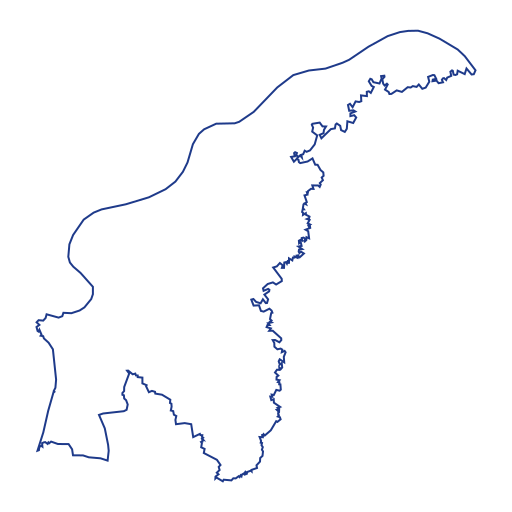 the district of Mueang Nong Khai, Nong Khai, Thailand
{"feature_id": "78962969B49336844859905", "entity_name": "Mueang Nong Khai", "entity_type": "district", "adm_level": 2, "iso_a3": "THA", "parent_name": "Thailand", "parent_adm1": "Nong Khai", "projection": "robinson", "projection_center": [102.827, 17.845], "detail": "fine", "context": "isolated", "style": "outline", "palette": "blue", "viewbox_px": 512, "rotation_deg": 0, "n_neighbors": 0, "source": "geoboundaries", "source_scale": "gbopen_adm2", "svg_char_len": 5990}
<svg xmlns="http://www.w3.org/2000/svg" viewBox="0 0 512 512"><path d="M475.5,70.3L464.8,56.2L457.7,49.5L439.4,38.6L427.6,33.3L418.0,30.7L408.1,30.9L399.9,32.1L387.7,36.1L368.5,46.7L349.1,59.8L342.7,62.7L325.5,68.6L308.9,70.5L293.3,75.1L277.3,87.4L253.7,111.9L239.2,121.8L234.7,123.3L216.2,123.7L204.1,129.3L198.9,133.9L192.9,144.2L187.5,162.5L182.9,171.8L175.4,181.6L165.6,189.2L148.9,197.3L125.8,204.3L101.6,209.4L93.7,212.6L83.7,219.6L73.1,235.0L69.4,244.3L68.3,256.8L69.9,262.5L73.3,266.7L80.6,273.0L92.9,286.8L92.9,294.2L91.2,299.1L84.4,307.4L79.6,310.5L71.4,313.2L63.4,312.8L62.3,316.2L58.6,317.6L46.6,314.3L45.6,318.0L43.2,320.6L38.6,320.2L36.6,322.3L39.4,324.9L36.5,327.0L37.6,331.0L38.6,331.6L39.4,329.7L41.5,334.6L40.7,335.7L43.2,336.2L43.9,338.4L48.6,342.7L52.9,349.3L56.1,379.6L55.4,387.8L53.7,391.1L54.4,391.8L53.4,392.6L48.2,410.8L43.3,432.4L37.5,450.7L38.9,450.2L39.3,447.0L41.3,445.8L42.4,446.6L42.1,443.2L43.7,442.4L45.2,442.1L47.6,443.9L48.4,442.4L49.2,443.2L51.1,441.6L57.9,444.0L68.6,444.1L72.1,449.3L73.0,455.3L83.0,455.4L88.8,457.3L100.5,458.3L107.6,460.6L108.7,450.8L108.1,444.8L104.8,428.4L99.0,414.9L103.1,413.5L123.8,411.2L126.6,409.8L127.7,404.5L126.1,400.2L124.2,398.5L123.9,395.3L122.4,394.8L122.4,393.0L124.1,391.1L124.2,387.0L129.2,373.5L127.1,370.7L128.2,370.6L132.7,374.3L135.3,373.6L135.9,375.4L137.7,375.5L137.7,377.1L142.4,377.6L142.4,383.4L146.6,385.2L146.1,386.3L148.9,392.2L151.9,390.9L155.0,391.8L155.3,393.6L162.0,394.7L170.3,399.7L170.0,403.0L171.4,403.7L171.6,406.7L170.8,410.5L173.2,411.1L173.9,414.7L176.3,416.0L175.4,419.9L176.0,424.2L184.7,423.1L191.2,424.2L193.2,437.1L199.9,433.9L200.4,435.1L202.3,435.2L202.0,436.7L203.1,437.7L202.0,438.4L203.2,439.8L202.2,439.5L202.5,441.5L201.1,442.0L201.9,443.2L201.2,447.3L204.6,448.9L203.8,453.0L216.9,459.8L220.5,465.0L218.7,466.9L219.6,470.0L216.8,472.7L218.5,474.3L215.5,476.6L215.4,478.5L216.4,477.5L222.8,481.3L223.7,479.7L231.4,480.4L233.3,478.3L235.7,478.4L238.7,476.2L239.6,477.1L240.6,475.3L241.5,476.3L241.9,474.6L243.7,473.5L244.5,474.6L245.8,474.2L245.9,472.9L244.9,472.6L245.4,471.8L246.9,473.3L247.4,471.9L250.8,470.7L251.6,471.4L251.5,469.9L257.0,468.0L256.5,465.3L260.0,461.6L260.2,458.0L262.5,455.9L263.0,451.4L261.9,449.7L262.8,447.1L261.5,445.2L262.0,443.0L260.7,442.7L261.1,441.0L259.6,437.0L262.7,437.2L261.9,434.2L263.1,436.0L263.7,434.3L264.8,435.5L270.8,430.3L276.2,421.2L277.4,421.9L280.6,419.3L279.9,417.2L277.8,416.5L278.9,415.2L278.1,414.0L278.4,411.4L276.7,409.7L278.3,409.2L279.1,410.5L279.2,408.3L278.0,407.7L280.1,406.9L273.9,402.7L273.7,399.2L271.3,400.1L270.3,396.6L272.3,396.8L271.7,394.6L273.8,395.0L276.3,389.9L279.6,390.7L280.8,389.6L280.4,384.4L279.2,384.3L279.4,382.4L278.0,382.1L279.5,380.2L276.5,379.6L276.6,376.9L278.3,375.6L275.0,372.5L277.0,369.7L279.5,369.9L279.3,367.4L280.9,369.0L282.2,367.5L281.7,363.1L279.8,364.6L278.7,361.3L279.7,359.3L284.2,362.3L283.8,356.8L285.6,352.3L284.6,350.9L281.8,352.2L282.3,349.6L280.6,348.6L277.4,349.3L274.4,346.7L274.3,343.0L272.7,340.1L275.1,340.0L279.4,342.3L281.3,340.1L281.2,338.3L272.7,330.7L269.2,330.8L270.9,328.4L266.6,327.1L267.5,325.0L269.5,325.0L268.0,323.2L271.5,322.4L270.1,321.6L271.5,320.5L270.0,319.1L271.2,313.1L272.4,312.7L271.6,310.6L269.4,308.7L263.7,311.6L260.9,310.9L259.0,305.3L253.6,305.6L251.3,299.6L253.4,299.0L256.1,301.9L260.6,303.3L262.9,299.3L265.8,303.1L267.0,303.0L268.1,299.3L264.4,294.6L269.1,291.4L269.4,289.8L268.2,288.9L263.6,290.8L263.0,288.3L267.7,284.0L272.9,282.4L276.1,284.5L281.8,281.1L281.7,278.8L273.2,267.5L276.8,266.4L279.9,263.0L282.7,265.3L281.9,267.9L284.0,267.9L284.3,262.5L285.9,262.1L286.9,263.7L288.0,260.2L288.2,262.9L289.0,262.8L289.0,258.4L292.3,260.4L292.9,257.6L294.3,257.6L294.4,256.5L297.0,257.6L296.6,255.6L298.4,255.3L298.5,257.5L299.6,257.4L303.9,253.5L301.0,251.7L299.4,253.0L298.7,251.6L299.0,249.6L302.2,249.1L298.4,246.5L301.6,245.9L300.7,242.1L299.1,243.3L298.9,240.7L300.9,239.6L302.1,240.4L301.8,238.0L303.5,237.6L305.6,238.9L304.3,240.6L304.8,241.5L306.3,240.1L306.5,237.2L309.1,238.3L308.2,231.2L305.6,229.7L310.2,227.9L309.9,225.9L308.8,226.4L308.3,225.4L310.1,224.5L307.7,223.3L309.6,219.9L307.0,219.0L309.1,218.1L309.5,216.6L305.9,214.7L305.8,213.2L303.0,214.9L303.2,213.0L302.1,212.0L302.7,209.3L303.9,209.3L302.9,207.9L303.5,204.4L304.3,203.5L306.0,204.3L305.4,203.0L306.8,202.1L304.5,195.4L307.5,194.6L306.9,192.3L307.9,192.5L308.0,191.1L311.0,188.8L313.5,188.9L312.3,185.4L318.2,185.5L319.7,186.9L320.7,184.6L319.8,183.1L322.9,180.2L321.7,177.5L323.6,175.8L323.3,172.4L320.5,170.0L317.6,164.8L315.2,164.7L312.5,158.4L307.6,161.5L300.2,163.1L298.9,162.1L298.5,159.8L296.6,159.0L293.9,161.7L291.1,156.9L294.8,156.3L294.1,153.1L295.1,152.2L296.9,153.0L296.2,155.3L297.5,156.1L297.4,157.9L300.1,155.4L301.8,157.4L301.3,154.8L303.2,154.2L304.7,150.7L306.6,151.8L310.0,150.4L314.7,144.4L317.2,135.4L312.2,131.6L313.1,127.6L311.8,124.7L312.4,123.8L319.7,122.6L322.5,126.4L326.0,126.5L324.0,129.8L323.5,133.2L319.7,134.8L321.4,138.3L330.9,129.1L334.9,128.4L335.6,124.5L336.8,123.5L340.2,125.8L341.1,130.1L344.8,131.9L346.8,128.8L347.4,121.3L353.2,123.0L356.2,117.5L354.2,115.2L350.4,116.1L350.4,113.4L355.3,111.5L353.4,110.3L349.2,110.8L348.0,105.0L350.0,103.8L352.6,107.2L355.6,101.4L359.2,102.0L361.3,101.2L361.0,95.4L366.9,96.1L366.8,91.8L368.8,91.3L370.8,92.9L373.8,87.0L371.6,85.9L368.8,81.3L370.3,78.8L371.7,79.3L373.4,82.2L379.5,83.5L381.6,78.6L381.1,76.1L384.3,75.7L384.5,76.8L382.3,79.3L383.2,83.7L384.6,85.5L386.9,83.7L387.7,84.5L385.0,89.6L388.7,92.0L389.4,94.0L391.4,93.9L396.7,90.4L401.9,91.9L407.7,87.2L410.7,87.5L412.8,86.1L416.6,86.9L418.8,84.5L422.3,88.8L425.7,87.6L429.3,81.7L428.1,76.9L432.9,75.0L434.4,75.2L436.2,78.8L432.8,79.6L432.5,81.2L436.5,80.6L438.6,83.2L443.0,82.3L441.9,79.8L442.9,78.4L444.0,78.1L446.2,80.0L447.2,77.6L451.2,75.9L450.4,71.7L452.0,70.4L452.8,70.8L453.6,74.6L455.4,75.0L457.1,74.3L457.7,70.7L464.7,74.1L466.5,68.5L471.6,74.5L473.8,74.2L475.5,70.3Z" fill="none" stroke="#1e3a8a" stroke-width="2"/></svg>